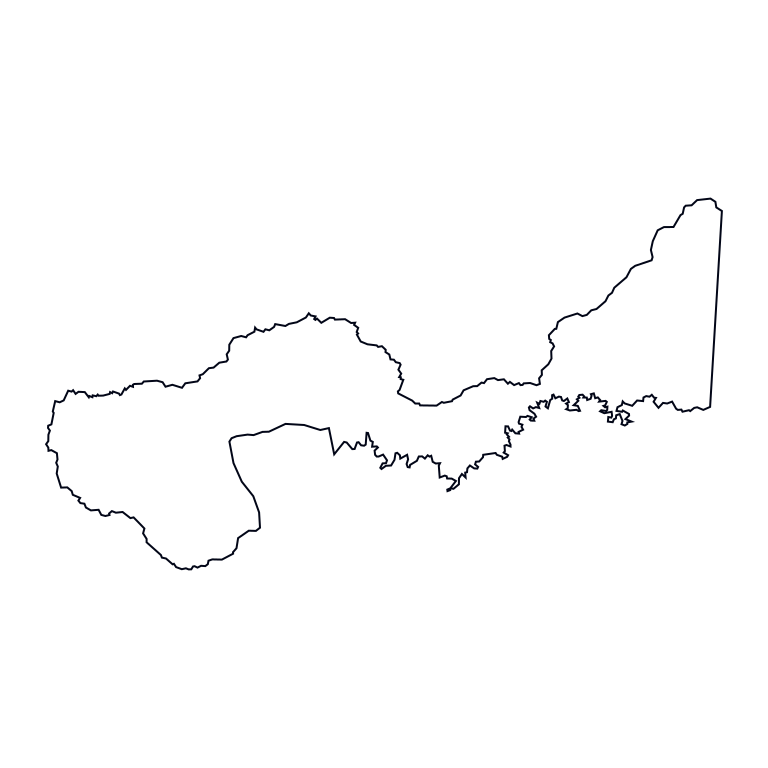 outline of Sonora, Mato Grosso do Sul, Brazil
{"feature_id": "56859067B75872573246742", "entity_name": "Sonora", "entity_type": "district", "adm_level": 2, "iso_a3": "BRA", "parent_name": "Brazil", "parent_adm1": "Mato Grosso do Sul", "projection": "orthographic", "projection_center": [-54.401, -17.615], "detail": "fine", "context": "isolated", "style": "outline", "palette": "ink", "viewbox_px": 768, "rotation_deg": 0, "n_neighbors": 0, "source": "geoboundaries", "source_scale": "gbopen_adm2", "svg_char_len": 6071}
<svg xmlns="http://www.w3.org/2000/svg" viewBox="0 0 768 768"><path d="M52.8,411.5L53.7,412.9L51.4,424.4L48.2,425.7L48.0,427.9L49.9,430.6L48.4,434.7L48.3,441.1L46.1,444.2L48.3,447.6L48.5,450.8L51.3,450.1L56.9,453.2L57.5,459.5L56.2,462.8L57.8,466.5L56.7,473.5L61.1,487.6L67.3,487.4L71.7,491.1L72.8,494.8L80.1,497.9L78.4,500.6L80.4,503.1L84.4,503.7L85.9,507.5L90.9,510.4L98.6,509.8L101.3,514.9L105.4,516.0L109.5,515.0L109.1,513.5L111.9,511.1L115.9,512.7L122.6,512.0L130.4,518.1L133.6,517.4L144.4,528.5L143.1,533.4L146.6,538.9L146.6,542.3L160.9,555.0L161.9,557.6L166.0,558.5L172.6,564.3L173.9,563.8L176.1,567.1L181.8,569.2L185.9,568.3L188.7,569.4L191.3,569.3L193.0,566.5L194.6,566.2L197.5,567.6L201.1,565.8L205.3,566.1L207.8,564.2L208.5,560.7L212.3,559.4L221.9,559.6L233.1,553.7L233.0,552.2L236.5,548.2L238.1,538.1L248.8,530.7L255.9,530.9L260.0,527.7L259.1,512.4L253.3,496.2L241.8,481.7L233.5,463.1L229.4,441.6L231.6,438.2L236.6,436.2L247.6,434.6L253.6,435.1L262.5,431.9L268.9,431.7L285.5,423.9L304.2,425.0L320.3,430.0L328.9,428.1L334.2,454.3L344.1,441.9L346.7,442.5L352.3,449.1L354.6,449.0L357.0,442.5L358.6,442.2L361.1,445.3L364.1,445.7L365.7,444.6L366.6,432.8L368.0,433.0L370.4,440.6L372.8,441.9L372.1,446.7L376.8,446.4L377.9,447.5L374.6,450.6L375.1,454.8L376.7,456.5L378.7,456.5L383.1,454.6L387.0,460.3L386.0,463.2L382.6,463.4L380.3,467.8L381.5,469.0L385.9,465.8L391.1,465.5L394.5,459.8L395.5,453.3L397.2,452.8L399.9,455.3L400.3,458.6L407.1,454.8L408.1,459.3L406.6,464.0L407.7,467.1L409.6,467.4L410.1,464.9L416.9,460.8L418.8,456.5L422.2,456.4L424.9,458.6L427.7,455.3L429.5,456.6L431.2,455.8L432.7,461.8L435.7,463.5L440.0,463.2L438.8,465.6L439.7,477.5L444.8,475.6L446.7,476.3L447.1,478.5L451.7,478.6L455.9,481.0L450.3,488.3L453.5,488.8L458.9,484.3L459.0,478.2L461.9,474.0L465.6,477.5L465.2,472.6L467.0,472.2L467.4,468.4L469.9,465.5L474.2,468.4L477.3,468.6L478.1,466.9L475.1,464.4L475.9,461.7L479.2,461.5L483.0,457.2L483.2,454.8L495.6,453.0L496.8,454.8L502.2,456.7L502.7,458.9L507.2,456.8L508.1,455.2L503.7,452.6L504.9,451.1L504.5,445.7L506.5,445.0L510.5,446.5L510.5,444.6L508.9,441.2L509.5,439.5L507.8,437.6L509.0,436.8L506.8,434.4L507.7,433.3L505.1,432.7L505.5,426.3L508.1,426.4L510.0,430.6L511.4,431.0L512.2,429.6L515.4,433.3L519.1,433.6L518.6,431.9L523.1,429.7L521.5,426.9L522.4,424.7L519.0,423.6L518.6,422.1L520.3,416.7L526.0,417.0L527.5,415.9L531.6,417.2L529.7,419.6L530.9,420.6L534.3,420.7L533.5,418.6L536.1,416.7L534.4,413.7L529.6,410.2L528.9,407.5L530.0,406.3L533.1,408.4L535.9,407.1L539.2,408.0L537.2,402.7L539.4,403.8L540.4,401.0L543.7,401.8L545.2,400.6L546.9,401.8L545.5,406.5L547.9,408.3L550.2,400.1L552.2,398.7L552.1,395.2L553.5,394.6L555.4,398.3L558.9,396.6L561.0,397.0L562.2,400.4L563.9,401.0L567.3,398.5L568.9,402.1L566.1,403.6L567.9,405.1L567.7,408.3L566.3,409.2L569.9,410.5L576.5,409.8L578.7,411.1L580.0,410.8L577.8,405.9L573.7,405.2L578.3,400.8L576.9,399.3L579.4,397.8L578.3,396.6L579.3,395.0L582.6,394.7L584.1,396.3L583.4,397.5L586.8,397.6L587.2,400.0L590.6,398.8L591.6,395.7L590.9,394.2L593.8,393.4L595.2,398.2L597.8,397.4L600.1,400.0L599.1,401.6L605.6,400.9L606.8,401.9L605.2,405.3L603.5,405.9L605.1,407.3L607.4,406.7L607.2,409.9L606.2,411.0L601.3,410.2L600.1,411.3L604.3,413.2L611.6,411.8L612.1,415.9L611.3,417.6L608.3,417.0L607.9,421.6L612.7,422.2L613.9,419.3L615.9,418.4L616.2,415.3L619.7,414.1L622.5,420.9L621.5,424.2L624.8,425.5L627.3,424.0L627.3,422.4L631.6,421.6L625.5,419.1L629.1,415.6L629.0,414.0L622.8,410.5L622.1,411.8L616.5,410.9L617.5,407.2L621.8,405.1L622.7,401.4L624.6,403.4L632.2,405.8L637.1,400.5L643.1,401.1L643.5,397.5L646.2,396.1L649.5,396.7L651.8,394.8L654.1,397.7L655.9,397.9L653.6,401.8L658.5,407.8L663.0,402.9L667.2,403.5L672.1,401.6L676.1,408.7L677.8,409.9L681.4,409.6L682.5,411.7L689.0,410.2L690.2,411.1L694.2,407.9L697.2,407.3L703.3,409.9L710.1,406.9L721.9,211.0L716.3,207.4L715.4,201.8L710.5,198.6L697.1,200.1L691.6,205.3L685.7,205.7L684.1,207.4L682.7,213.8L680.5,215.1L673.5,227.0L663.9,227.1L657.7,230.3L652.8,241.2L650.9,250.0L652.6,257.1L651.6,260.3L635.2,265.8L630.9,268.9L626.5,277.2L614.3,287.7L612.0,292.8L608.4,295.5L605.5,301.2L596.5,309.0L591.3,310.3L586.8,314.9L582.4,316.1L577.4,313.5L564.5,317.6L557.9,322.1L556.3,328.8L554.8,328.9L548.9,335.2L549.2,338.9L550.8,340.0L550.2,342.2L552.6,343.4L554.1,346.4L551.2,351.0L551.5,358.6L548.3,364.3L541.7,370.3L541.9,374.9L539.1,378.3L539.9,383.9L536.5,385.2L530.1,383.0L523.7,383.4L522.6,384.9L520.5,385.1L518.9,383.1L514.1,385.1L509.9,381.9L507.9,383.7L503.9,379.3L498.0,380.1L494.3,378.1L487.0,379.2L484.0,383.1L481.5,382.6L477.2,386.1L473.2,386.2L463.6,390.3L460.6,395.5L452.7,399.6L452.0,401.2L443.8,402.8L441.9,402.0L436.6,405.6L420.1,405.4L419.2,403.5L415.2,403.5L412.2,400.6L398.2,393.4L397.9,391.4L399.6,389.9L403.3,379.8L400.7,379.1L400.8,377.3L399.2,377.1L401.2,373.6L398.4,369.7L400.6,364.7L399.7,363.1L395.8,362.2L393.9,359.7L390.5,359.4L389.3,354.5L385.5,352.1L385.7,349.8L381.9,346.2L378.1,346.9L376.7,345.4L367.5,344.3L360.7,341.5L356.9,334.6L358.1,333.5L356.7,332.0L358.2,327.8L354.1,324.9L355.1,322.7L351.1,323.0L345.1,319.2L334.9,319.6L334.0,318.0L329.8,317.7L321.3,322.8L317.0,318.6L315.4,319.9L314.2,319.0L315.5,316.4L310.8,315.5L308.8,313.3L305.9,317.5L296.8,322.3L288.9,323.9L285.4,326.0L275.2,324.1L274.1,326.9L269.3,330.3L265.4,329.3L263.5,331.8L256.6,329.4L255.1,327.6L254.4,331.7L247.6,335.2L246.1,337.3L241.2,336.0L233.5,338.1L229.3,344.7L229.2,350.7L226.7,354.3L227.9,359.6L226.4,361.5L219.3,362.7L213.6,367.6L208.9,368.2L202.8,374.2L199.5,375.4L200.1,378.2L197.5,381.4L185.3,383.3L182.0,387.8L172.4,384.8L165.5,386.7L162.6,382.2L157.0,380.7L143.8,381.5L141.9,383.7L134.2,384.0L132.9,384.8L133.0,386.8L130.0,385.8L126.0,389.9L124.8,388.4L121.4,394.5L119.9,395.1L119.0,393.6L113.0,391.5L112.2,393.2L110.1,392.1L109.7,393.9L103.1,395.6L98.5,395.7L97.7,394.6L96.3,396.2L92.7,395.4L92.4,397.2L89.3,396.0L88.8,397.3L84.8,392.1L78.5,391.8L75.6,393.9L73.1,390.2L71.6,391.6L68.2,390.7L63.7,400.4L59.7,402.3L55.2,401.1L52.8,411.5ZM450.3,488.3L447.3,489.6L447.5,491.1L450.2,490.1L450.3,488.3Z" fill="none" stroke="#020617" stroke-width="2"/></svg>